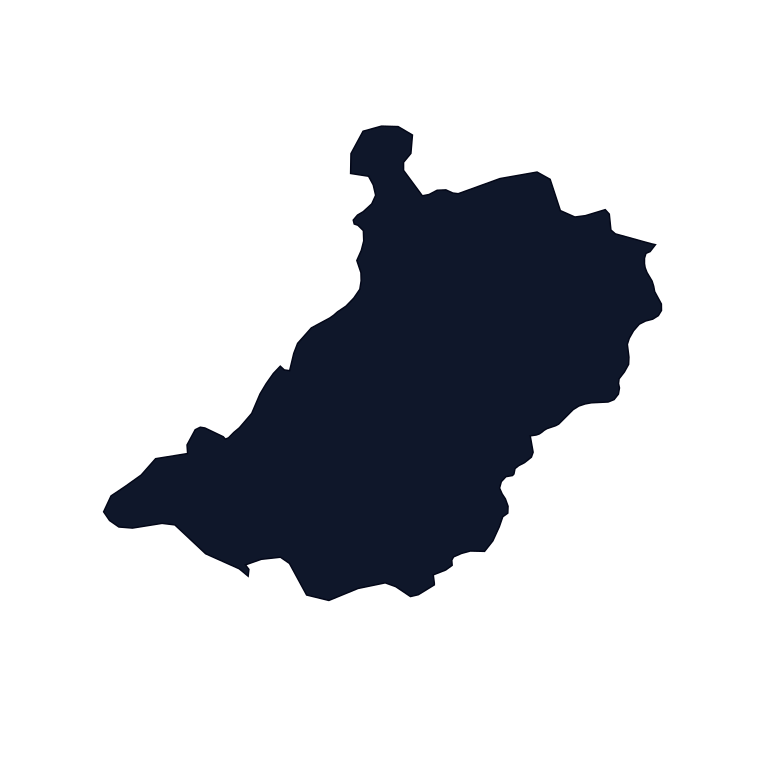 Lubusz, Mercator projection, rotated 223°
{"feature_id": "POL-3143", "entity_name": "Lubusz", "entity_type": "Voivodeship", "adm_level": 1, "iso_a3": "POL", "parent_name": "Poland", "parent_adm1": "", "projection": "mercator", "projection_center": [15.301, 52.253], "detail": "fine", "context": "isolated", "style": "filled", "palette": "ink", "viewbox_px": 768, "rotation_deg": 223, "n_neighbors": 0, "source": "natural_earth", "source_scale": "10m", "svg_char_len": 2100}
<svg xmlns="http://www.w3.org/2000/svg" viewBox="0 0 768 768"><g transform="rotate(223 384 384)"><path d="M280.5,671.0L279.7,662.3L281.5,658.2L279.3,653.7L275.6,649.7L272.4,647.2L267.7,644.9L258.1,642.1L253.4,639.4L249.1,636.2L235.7,631.7L231.2,627.0L230.5,623.5L230.0,621.1L231.7,614.7L235.7,608.4L238.1,601.8L237.8,593.1L235.8,584.7L233.1,579.0L223.2,570.7L218.5,565.2L216.4,556.8L215.6,548.1L212.8,544.3L209.1,541.7L205.7,536.5L205.1,529.5L207.8,523.7L219.5,511.7L223.3,506.6L226.5,500.7L228.2,494.2L228.9,473.8L230.0,470.6L234.4,462.5L235.3,459.4L235.7,456.3L236.4,453.3L237.9,450.5L241.7,445.8L228.4,435.8L226.3,431.0L227.6,422.3L229.8,416.2L230.5,411.5L227.6,406.8L227.6,404.7L231.6,399.4L231.6,392.6L228.5,386.7L222.7,384.2L216.9,382.8L209.9,379.2L205.4,374.0L206.6,367.9L202.3,358.2L197.4,343.5L196.3,330.2L206.9,320.8L211.8,312.9L215.2,305.0L214.3,301.4L210.5,297.9L212.0,290.1L217.8,278.0L211.4,272.7L210.2,271.4L215.2,253.3L219.7,246.6L237.2,243.8L247.5,239.4L263.6,216.7L276.7,188.1L296.7,176.9L330.8,188.3L341.6,186.7L354.2,172.1L362.0,157.2L356.4,156.3L352.3,150.8L363.9,150.1L398.7,138.2L440.9,138.3L451.3,130.7L469.7,107.1L480.4,98.6L491.6,97.0L501.9,99.3L507.3,116.0L503.5,132.2L499.5,151.8L500.1,173.6L480.2,199.2L486.5,205.1L490.9,221.8L488.9,227.1L485.0,229.7L465.6,235.8L462.4,235.5L461.0,238.6L460.8,246.2L459.9,253.4L460.7,272.3L467.9,292.2L470.4,303.9L472.1,316.2L472.0,326.3L466.5,326.3L462.1,329.4L470.9,344.9L474.9,354.8L475.4,375.5L468.7,395.2L467.7,400.0L467.2,405.1L464.9,415.0L464.7,426.2L466.3,436.8L471.1,443.9L476.8,449.7L488.1,455.8L491.7,466.2L496.4,474.8L503.7,482.1L511.4,482.3L514.9,480.7L518.3,482.9L518.6,489.5L516.7,495.9L515.8,507.4L518.8,516.3L527.7,522.3L537.0,525.4L552.0,515.2L565.3,530.0L571.7,554.6L561.7,570.9L549.2,581.9L533.0,585.5L521.6,571.0L520.9,559.5L515.4,553.6L484.3,547.8L480.3,553.3L477.3,561.9L471.1,568.2L463.9,570.6L459.5,573.8L439.3,613.3L416.6,643.4L402.1,647.0L373.3,631.1L358.3,636.3L351.5,644.5L341.1,662.4L335.1,661.9L323.1,651.4L317.2,651.6L284.4,668.7L280.5,671.0Z" fill="#0f172a" stroke="#020617" stroke-width="1.5"/></g></svg>